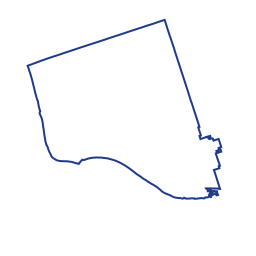 San Ignacio Río Muerto, Sonora, Mexico (Equal Earth projection), rotated 342°
{"feature_id": "50627088B1433623777217", "entity_name": "San Ignacio Río Muerto", "entity_type": "district", "adm_level": 2, "iso_a3": "MEX", "parent_name": "Mexico", "parent_adm1": "Sonora", "projection": "equal_earth", "projection_center": [-110.31, 27.326], "detail": "fine", "context": "isolated", "style": "outline", "palette": "blue", "viewbox_px": 256, "rotation_deg": 342, "n_neighbors": 0, "source": "geoboundaries", "source_scale": "gbopen_adm2", "svg_char_len": 5638}
<svg xmlns="http://www.w3.org/2000/svg" viewBox="0 0 256 256"><g transform="rotate(342 128 128)"><path d="M195.3,36.5L194.9,36.5L194.1,36.5L193.8,36.5L193.7,36.5L193.1,36.5L188.3,36.5L187.2,36.6L179.6,36.6L179.3,36.5L179.0,36.6L178.4,36.6L177.4,36.5L174.5,36.6L167.3,36.6L160.1,36.6L152.9,36.7L145.6,36.7L138.4,36.7L133.0,36.8L130.9,36.8L126.4,36.8L123.5,36.8L122.1,36.8L113.1,36.8L108.2,36.8L97.5,36.9L96.7,36.9L90.8,36.9L86.3,37.0L82.0,37.0L80.9,37.0L78.9,37.0L77.3,37.0L75.5,37.0L70.4,37.1L69.2,37.1L51.7,37.8L51.7,38.0L51.8,38.6L51.8,39.6L51.9,40.6L51.8,42.2L51.8,43.3L51.9,45.4L51.8,48.4L51.7,50.5L51.7,51.6L51.6,53.6L51.5,54.6L51.4,55.6L51.3,57.6L51.2,58.2L51.1,60.2L50.9,63.2L50.7,64.8L50.4,71.9L50.4,73.1L50.5,73.6L50.6,74.1L49.8,80.2L49.6,85.2L49.2,85.4L48.6,86.3L48.5,86.6L48.5,86.8L48.5,87.5L48.6,88.8L48.8,90.5L48.9,92.3L48.8,93.5L48.7,95.2L48.2,98.2L47.9,99.5L47.1,104.6L46.6,107.3L46.1,110.2L45.9,111.3L45.7,113.2L45.4,115.0L45.3,116.0L45.3,116.6L45.3,117.6L45.2,118.0L45.2,118.9L45.5,119.7L45.7,121.7L45.7,122.8L45.6,123.9L45.8,125.7L45.8,126.5L46.0,127.5L46.2,129.1L46.3,129.7L46.4,130.2L46.4,130.8L46.6,131.5L46.8,132.2L47.2,132.8L47.6,133.5L48.5,134.7L49.3,135.6L50.2,136.6L51.8,137.7L53.2,138.4L54.3,138.9L55.2,139.2L55.8,139.4L56.2,139.6L57.0,139.9L58.2,140.3L59.2,140.6L59.9,140.9L61.0,141.4L61.8,141.8L63.7,142.7L64.5,143.2L65.2,143.7L65.5,143.8L65.9,144.2L66.2,144.4L66.4,144.6L66.7,144.8L66.9,144.9L67.1,145.1L67.5,145.2L67.7,145.3L67.9,145.5L68.2,145.6L68.6,146.0L69.1,146.4L70.1,146.9L70.5,146.8L70.5,146.4L74.6,144.1L74.8,144.4L75.5,144.6L76.2,144.7L77.1,144.9L77.9,144.8L79.1,144.8L80.6,144.8L82.1,144.9L84.3,145.2L84.9,145.3L86.3,145.6L88.2,146.1L89.9,146.6L91.0,147.1L92.5,147.5L94.5,148.4L96.2,149.2L97.5,149.8L98.9,150.4L100.1,151.2L101.3,152.0L102.2,152.5L103.9,153.7L105.2,154.6L106.6,155.7L107.5,156.6L107.9,156.9L108.3,157.2L109.0,157.9L110.2,159.0L111.6,160.6L113.3,162.4L114.5,163.9L115.6,165.3L116.7,166.7L117.6,168.0L118.6,169.4L119.8,171.2L121.2,173.3L121.6,173.8L122.2,174.7L123.1,175.9L123.4,176.4L123.6,176.5L123.9,176.7L124.2,177.2L124.8,178.0L125.2,178.4L125.3,178.6L125.5,179.0L125.8,179.4L126.3,180.0L126.7,180.7L127.4,181.5L128.0,182.1L128.6,182.8L129.6,184.1L130.4,185.2L130.8,185.8L131.2,186.1L131.6,186.6L132.0,187.0L132.2,187.3L132.4,187.6L132.7,187.9L133.1,188.4L133.6,188.9L133.9,189.2L134.4,189.7L135.0,190.4L135.4,190.9L135.7,191.3L136.3,192.0L137.3,193.1L138.4,194.9L139.8,197.0L140.3,198.1L140.7,198.7L141.5,199.8L142.1,200.5L142.8,201.2L144.3,202.6L146.1,204.0L147.3,205.0L148.1,205.9L149.6,207.4L151.0,208.5L151.8,208.9L152.6,209.3L153.2,209.6L154.0,210.0L155.2,210.5L156.3,210.9L157.2,211.5L157.6,211.8L158.1,212.0L158.5,212.1L158.9,212.0L159.1,211.9L159.4,211.9L159.8,211.7L160.2,211.9L160.3,212.2L160.4,212.3L160.5,212.4L160.6,212.6L160.8,212.8L161.3,212.9L161.6,213.1L162.2,213.4L163.0,213.6L163.7,213.8L165.0,214.2L165.5,214.3L166.3,214.4L167.0,214.6L167.8,214.9L168.6,215.2L169.3,215.4L169.6,216.0L170.9,216.3L171.8,216.5L172.6,216.6L173.2,216.7L173.7,216.9L174.1,216.9L174.8,217.1L175.2,217.2L175.7,217.2L176.3,217.4L176.5,217.5L177.0,217.7L177.5,217.9L177.7,218.1L178.3,218.4L178.7,218.5L179.0,218.5L179.4,218.3L179.7,218.1L180.2,217.9L180.6,218.1L180.8,218.1L181.1,218.2L181.4,218.3L181.8,218.4L182.3,218.6L182.7,218.6L183.1,218.5L183.7,218.1L183.8,218.1L184.0,218.3L184.5,218.5L184.8,218.8L184.9,218.6L185.0,218.7L185.1,218.8L185.3,218.9L185.3,218.7L185.5,218.6L185.8,218.9L185.9,219.0L186.1,219.0L186.2,218.9L186.3,218.8L186.3,219.0L186.3,218.9L186.2,218.6L185.8,217.9L185.7,217.6L185.4,217.5L185.1,217.4L184.9,217.4L184.7,217.5L184.4,216.6L186.1,215.2L186.7,215.6L187.5,216.4L188.3,217.4L188.3,217.7L190.4,217.6L190.9,217.8L191.1,217.9L191.3,218.2L191.3,218.5L191.3,218.9L191.4,219.3L191.6,219.3L192.0,219.5L192.7,219.5L192.8,219.5L193.0,219.5L193.0,219.3L193.0,219.2L192.9,218.8L192.3,218.3L192.3,217.0L192.9,217.0L193.0,215.6L192.7,215.6L191.2,215.6L191.2,215.3L191.0,214.7L190.9,214.5L190.6,214.5L189.0,214.1L188.8,215.1L187.8,214.5L187.6,213.6L187.8,211.6L187.7,211.5L186.9,211.2L186.9,211.4L186.3,213.5L184.3,212.9L184.6,211.5L184.7,211.3L184.6,211.0L184.4,210.6L184.2,210.4L184.0,210.2L183.8,210.1L183.7,210.0L183.6,209.6L187.9,211.0L192.3,212.5L196.0,213.8L196.0,214.3L196.7,214.4L196.7,212.4L196.7,209.1L196.8,200.7L196.8,194.4L198.9,194.5L202.5,194.5L202.5,192.3L203.8,192.3L203.6,183.7L203.6,182.8L203.6,181.0L203.6,179.3L205.0,179.3L205.0,178.8L205.0,177.1L206.5,177.1L206.5,178.9L206.5,179.3L208.0,179.3L209.1,179.3L209.4,179.3L209.4,177.6L209.4,177.1L209.1,177.1L207.9,177.1L207.9,175.0L210.8,174.9L210.8,166.4L209.4,166.4L207.9,166.4L205.4,166.4L205.3,166.1L205.3,165.8L205.3,165.5L205.5,164.6L205.2,164.1L204.4,163.8L202.2,163.7L201.6,163.3L201.3,162.8L201.3,162.2L201.3,161.9L203.6,161.8L203.7,160.9L199.9,160.7L200.0,161.0L198.4,160.9L198.2,160.9L196.3,160.9L196.2,160.9L195.4,160.9L193.5,160.9L193.5,159.8L193.5,157.7L195.0,157.7L195.0,149.3L195.0,149.1L196.3,149.0L196.3,142.6L196.3,140.4L196.3,140.2L196.3,138.6L196.3,136.9L196.3,135.9L196.3,134.6L196.3,133.9L196.3,131.8L196.3,131.7L196.3,131.1L196.3,129.6L196.3,127.4L196.3,124.8L196.3,123.2L196.2,122.9L196.2,121.5L196.2,119.5L196.2,117.7L196.3,116.4L196.2,115.5L196.2,114.5L196.3,114.3L196.3,110.1L196.3,105.8L196.3,105.5L196.3,103.5L196.3,101.4L196.3,99.2L196.3,97.1L196.3,94.9L196.3,92.7L196.3,90.6L196.3,88.5L196.3,88.2L196.3,86.2L196.3,84.1L196.3,79.8L196.3,77.6L196.3,75.5L196.3,73.4L196.3,70.9L196.3,67.4L196.5,66.7L196.4,65.3L196.3,62.5L196.3,62.4L196.3,54.0L196.2,53.7L196.2,45.2L196.3,36.5L196.2,36.5L195.4,36.5L195.3,36.5Z" fill="none" stroke="#1e3a8a" stroke-width="2"/></g></svg>